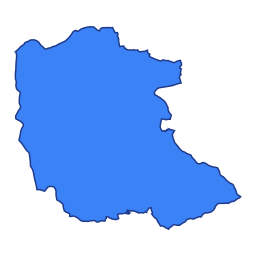 the district of La Estrella, Antioquia, Colombia
{"feature_id": "7082276B46086591209782", "entity_name": "La Estrella", "entity_type": "district", "adm_level": 2, "iso_a3": "COL", "parent_name": "Colombia", "parent_adm1": "Antioquia", "projection": "orthographic", "projection_center": [-75.641, 6.139], "detail": "fine", "context": "isolated", "style": "filled", "palette": "blue", "viewbox_px": 256, "rotation_deg": 0, "n_neighbors": 0, "source": "geoboundaries", "source_scale": "gbopen_adm2", "svg_char_len": 5778}
<svg xmlns="http://www.w3.org/2000/svg" viewBox="0 0 256 256"><path d="M37.0,189.7L39.7,189.6L41.2,190.0L44.1,191.1L44.7,191.0L45.2,190.8L45.9,189.6L47.9,187.0L48.7,186.6L50.6,186.4L53.7,186.7L55.3,188.9L56.0,190.9L56.1,195.6L56.7,199.2L57.0,199.9L57.3,200.2L58.5,200.7L59.9,201.6L60.7,202.2L62.0,203.5L62.9,204.1L63.1,204.9L63.2,206.3L63.5,208.0L64.4,211.0L67.3,212.7L69.5,213.5L69.8,214.7L69.6,215.9L69.7,216.3L70.2,216.5L71.1,216.5L71.7,216.2L73.7,216.1L74.9,216.5L76.1,217.0L77.5,217.8L80.9,220.6L82.5,221.2L88.2,221.4L90.4,220.8L92.6,220.8L93.6,220.5L94.5,220.4L95.5,221.0L96.3,221.9L97.7,221.9L98.3,222.0L100.7,220.9L101.8,220.7L102.9,220.8L104.0,221.1L104.9,221.0L105.6,219.2L106.2,218.5L106.3,216.8L107.1,216.7L107.7,216.8L110.0,218.1L110.9,218.4L111.6,218.8L112.5,219.1L113.9,219.1L114.6,219.3L115.0,219.6L116.8,219.4L118.7,218.6L117.9,216.2L117.7,214.2L120.9,213.7L122.5,213.8L124.2,213.2L128.9,213.9L129.5,213.4L129.9,213.0L126.7,211.8L127.0,211.3L127.6,211.4L128.3,211.3L127.4,210.6L127.2,210.3L127.5,210.2L128.5,210.6L130.2,210.6L130.9,211.0L132.9,210.9L134.9,211.2L136.3,212.0L136.4,211.9L137.4,212.1L137.7,212.3L137.9,212.7L138.5,212.9L139.4,213.0L139.7,212.8L140.5,212.6L143.2,213.0L145.5,212.0L145.9,212.0L146.6,212.4L146.7,211.4L147.9,209.6L148.1,209.4L148.9,208.3L149.6,207.9L150.3,208.0L151.2,207.8L151.3,207.9L151.1,208.7L151.2,209.8L151.5,210.7L152.1,211.6L152.5,212.8L152.2,213.4L151.6,213.9L154.7,217.8L155.8,218.3L157.0,219.6L157.5,220.9L157.4,221.1L159.7,224.5L160.4,225.9L160.7,225.7L161.1,225.9L162.3,225.9L163.3,226.2L164.7,227.1L168.6,229.2L168.9,228.5L169.4,228.0L170.5,227.1L171.7,226.4L173.3,224.8L175.0,224.8L177.9,225.3L179.3,225.3L180.2,224.9L182.0,223.4L182.8,223.0L184.8,222.0L186.2,220.7L186.6,219.9L187.1,219.4L187.9,219.3L188.6,219.0L188.8,219.0L189.8,218.6L190.4,218.5L191.8,218.7L193.3,219.1L194.1,218.9L195.8,217.8L196.8,217.7L198.8,216.8L199.2,216.7L200.8,217.0L201.6,216.3L202.4,214.9L203.5,213.8L204.0,213.5L205.6,212.8L207.1,213.0L209.7,212.4L211.3,211.8L212.5,210.9L214.0,209.5L214.7,208.4L215.4,206.2L216.1,205.6L217.7,203.8L219.1,203.4L221.5,203.4L222.7,203.3L223.9,203.4L226.6,203.1L228.5,203.3L229.3,202.7L230.5,202.2L231.2,201.7L232.1,201.4L233.4,201.5L234.5,201.0L237.1,199.0L239.7,197.8L240.6,196.6L237.4,194.5L236.8,193.8L236.2,191.7L235.7,190.0L235.4,189.2L234.4,187.8L233.8,185.8L233.2,184.9L232.6,184.3L231.3,183.6L230.2,183.2L227.8,181.4L226.4,180.2L223.4,176.9L221.5,175.8L220.3,174.9L219.7,173.8L219.6,172.3L219.3,171.2L218.0,168.6L217.4,167.8L216.3,167.5L212.9,166.9L211.2,166.4L209.0,165.6L205.6,163.4L204.0,162.7L203.1,162.6L202.2,162.7L200.9,163.5L199.9,163.8L199.1,163.9L198.2,163.7L197.4,163.2L196.2,162.2L194.3,159.7L193.2,158.6L191.9,157.1L191.1,155.3L190.6,155.0L186.4,153.3L185.2,152.4L182.2,151.1L180.7,149.9L179.1,148.1L177.9,146.3L175.0,143.0L174.4,141.8L172.6,136.4L172.4,135.0L172.5,134.3L172.8,133.6L174.5,130.7L171.1,129.6L169.9,129.7L169.6,129.5L169.5,129.1L169.3,129.2L169.0,129.5L168.5,129.1L168.5,129.3L168.3,129.5L167.4,129.5L167.2,130.1L166.7,130.0L166.7,130.5L165.2,130.7L165.1,131.0L165.3,131.5L165.1,131.5L163.7,130.7L163.3,130.8L162.6,131.1L162.0,131.1L161.9,130.7L160.6,128.4L160.2,127.2L160.2,126.4L160.3,124.9L160.7,123.6L160.7,122.6L161.6,119.0L164.0,119.1L165.4,119.6L165.8,119.7L166.0,119.5L166.7,119.6L167.2,119.4L170.3,119.2L170.5,118.0L171.2,115.4L171.2,114.9L169.6,113.1L168.9,111.9L168.3,110.4L168.0,109.3L168.0,107.6L167.1,105.9L166.4,104.2L165.3,102.3L163.7,100.5L161.1,98.6L159.6,97.3L158.1,96.7L156.9,95.7L154.6,94.7L154.6,93.3L154.4,93.0L154.4,92.3L154.9,91.4L156.4,89.6L157.7,88.4L158.6,88.0L160.1,87.6L170.3,86.0L172.6,85.5L177.9,83.7L181.1,83.0L179.8,78.6L179.4,78.0L179.5,77.3L180.0,75.0L181.1,74.7L181.0,74.4L180.3,73.3L181.2,68.8L179.7,67.9L179.7,67.7L179.8,66.8L180.6,66.2L181.1,65.6L181.5,64.7L181.4,63.3L180.8,62.1L180.4,60.4L179.2,60.6L177.6,61.0L174.2,62.6L173.8,62.6L173.2,62.5L168.2,60.6L165.7,60.6L163.5,59.9L162.7,60.0L161.0,61.0L160.4,61.0L155.3,59.2L149.7,56.7L149.4,56.3L149.4,56.0L149.7,55.2L149.8,54.1L149.4,53.8L148.4,53.7L148.2,53.5L147.6,52.3L147.5,50.3L146.5,50.5L145.2,51.3L143.7,51.3L142.4,51.5L140.1,51.8L138.9,51.6L138.0,50.3L137.6,49.9L135.5,50.5L134.5,49.9L133.7,49.7L132.6,50.1L130.4,49.9L128.8,50.1L126.1,49.3L125.6,48.3L124.4,48.0L124.1,47.8L123.8,46.1L122.6,46.1L119.7,46.5L119.0,43.3L118.4,39.2L118.6,39.2L118.3,37.6L117.3,36.6L117.9,35.0L117.8,33.6L117.5,32.7L115.1,32.7L114.5,31.3L113.5,29.8L112.7,27.6L112.4,27.7L109.5,27.6L103.7,27.7L102.0,27.9L101.3,28.2L100.5,28.8L100.2,29.2L99.9,30.4L99.5,30.8L99.2,30.8L98.8,30.8L98.2,30.5L97.0,29.8L94.2,27.3L93.7,27.0L91.0,26.8L89.9,26.8L87.5,27.1L83.6,28.1L81.3,29.0L77.7,31.4L77.1,31.3L76.3,30.6L76.0,30.5L75.5,30.5L74.7,30.7L73.4,31.5L72.6,32.4L71.4,34.5L69.1,37.5L65.3,41.0L64.4,41.5L59.7,43.6L55.8,45.8L52.6,46.7L50.8,47.7L47.6,48.4L45.8,49.2L45.2,49.2L43.0,47.0L41.3,45.7L40.5,44.8L38.8,42.4L37.6,41.3L35.3,40.2L34.1,39.8L30.7,40.0L29.4,40.5L28.0,41.6L27.0,41.7L25.1,42.6L24.7,43.0L24.2,44.0L23.6,44.6L20.4,46.9L19.0,48.6L15.7,51.6L15.8,51.6L16.2,53.2L16.7,55.8L16.1,62.6L15.9,67.3L15.9,68.6L15.4,73.2L15.4,77.8L15.6,79.3L16.3,81.5L16.3,82.3L16.0,84.3L15.9,85.8L16.5,88.5L17.2,89.7L19.9,92.0L20.2,92.4L20.3,92.9L20.1,93.9L19.6,95.9L19.3,100.1L19.2,102.2L19.4,103.3L20.4,106.0L20.6,106.9L20.2,108.3L19.0,109.8L15.9,115.5L15.7,116.6L15.7,117.7L15.8,118.5L16.2,119.0L17.1,119.5L19.9,120.9L21.1,121.8L22.6,123.2L23.2,124.3L23.3,125.3L23.2,126.2L22.0,127.9L20.9,130.6L20.0,135.8L19.6,137.8L19.1,139.0L19.1,140.4L19.4,140.9L21.6,143.1L26.1,149.8L27.0,150.8L28.6,152.2L29.1,153.2L29.4,154.1L30.1,159.6L30.3,161.6L30.5,166.0L30.7,166.5L31.9,168.3L32.3,169.1L33.3,171.7L34.7,179.3L35.0,180.6L35.5,182.2L36.1,185.0L36.4,186.2L37.0,189.7Z" fill="#3b82f6" stroke="#1e3a8a" stroke-width="1.5"/></svg>